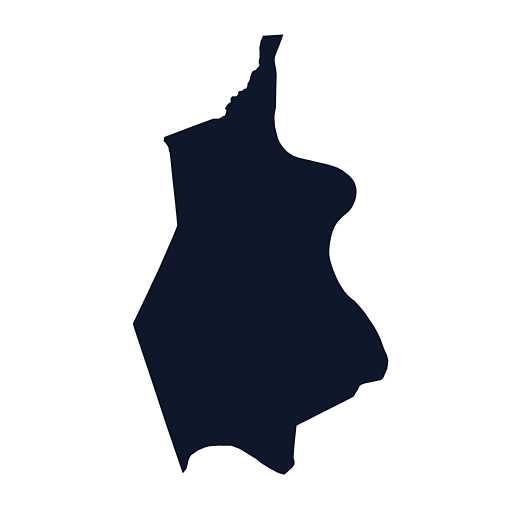 Araripina, Pernambuco, Brazil, rotated 177°
{"feature_id": "56859067B17972152596251", "entity_name": "Araripina", "entity_type": "district", "adm_level": 2, "iso_a3": "BRA", "parent_name": "Brazil", "parent_adm1": "Pernambuco", "projection": "robinson", "projection_center": [-40.522, -7.658], "detail": "fine", "context": "isolated", "style": "filled", "palette": "ink", "viewbox_px": 512, "rotation_deg": 177, "n_neighbors": 0, "source": "geoboundaries", "source_scale": "gbopen_adm2", "svg_char_len": 2658}
<svg xmlns="http://www.w3.org/2000/svg" viewBox="0 0 512 512"><g transform="rotate(177 256 256)"><path d="M166.1,111.2L163.8,115.1L162.1,117.3L161.2,118.9L160.1,121.0L157.9,122.7L154.1,123.8L138.2,126.2L136.0,127.8L131.5,136.8L130.5,141.8L130.2,144.1L130.4,146.5L131.2,150.3L133.1,154.9L133.9,157.3L136.6,166.3L138.4,170.8L142.1,178.6L149.7,191.4L151.9,194.8L157.3,201.8L158.6,203.3L160.3,205.5L162.3,207.0L165.2,209.8L166.7,211.3L167.9,212.7L170.3,215.9L175.0,224.2L177.6,230.3L180.6,238.9L181.7,243.0L182.2,245.0L182.9,248.5L183.3,251.8L183.5,253.8L183.4,256.3L183.1,259.0L182.4,263.8L181.9,266.5L181.3,268.8L180.1,273.5L178.3,277.9L176.7,281.1L175.6,283.1L173.5,285.9L170.9,288.5L168.2,291.1L166.8,292.3L165.1,293.5L162.9,295.0L161.2,296.5L158.0,300.2L156.3,303.3L155.0,306.1L154.1,308.6L153.6,310.7L153.1,313.3L152.9,317.2L154.0,322.9L154.9,325.0L156.1,327.0L159.1,330.8L165.3,336.2L170.2,339.2L173.7,340.7L179.6,342.9L193.4,346.9L208.1,351.1L213.9,353.5L219.1,357.3L221.5,359.6L223.5,362.2L225.6,365.4L227.1,368.1L228.8,372.6L229.7,377.4L231.0,384.4L231.0,387.2L231.0,389.2L231.1,392.4L230.9,395.4L229.0,403.8L227.9,419.8L226.6,436.0L226.8,440.5L227.6,446.4L227.9,449.8L227.7,451.9L227.5,453.9L224.6,460.6L221.9,466.3L218.2,475.0L237.3,474.8L237.7,473.0L239.2,470.8L240.0,467.6L240.6,465.4L241.1,463.2L240.9,459.8L241.2,456.8L241.2,454.2L242.1,451.5L242.5,449.1L241.6,446.1L242.9,444.3L244.7,442.8L245.9,441.1L248.7,440.5L250.0,438.9L250.9,436.7L251.9,434.2L252.3,431.9L253.4,430.0L254.7,428.4L255.0,426.0L256.5,423.1L258.9,422.8L260.1,421.3L262.1,420.9L264.3,420.7L264.7,417.8L267.1,415.7L269.0,415.8L271.0,416.0L272.4,414.4L272.4,410.4L274.7,409.4L276.7,407.5L278.4,404.9L276.9,403.1L277.5,401.3L279.0,397.2L281.3,396.8L283.5,395.3L285.6,394.4L291.4,394.6L293.7,393.9L311.8,388.3L340.9,379.0L341.4,375.7L339.9,374.3L338.1,371.2L337.0,369.1L336.7,365.7L336.0,363.8L335.4,352.8L334.6,335.8L334.1,327.9L333.4,315.5L332.3,292.2L332.3,290.2L337.2,279.7L338.1,277.8L341.3,271.5L344.4,265.3L345.4,263.2L346.9,260.3L350.1,253.9L352.6,248.8L354.9,244.5L356.0,242.4L358.7,237.4L360.4,234.3L368.2,219.7L369.3,217.8L371.0,214.6L372.9,211.0L374.9,207.3L381.8,194.6L379.5,185.8L375.3,170.5L374.2,166.5L366.2,137.7L354.2,93.6L340.2,44.3L337.4,47.2L336.5,49.5L335.1,54.9L333.2,59.1L331.7,61.1L324.4,65.6L316.6,68.4L313.0,69.1L309.3,69.3L303.2,69.3L290.2,68.5L281.9,64.8L275.9,60.7L271.6,57.7L266.3,54.1L262.4,50.5L260.1,48.7L252.3,43.3L248.8,41.3L246.8,39.9L243.2,38.2L239.3,37.0L232.1,42.7L229.5,45.5L228.9,48.3L229.7,51.8L229.6,54.1L228.4,64.1L225.1,85.0L202.5,95.0L197.1,97.4L173.3,107.9L166.1,111.2Z" fill="#0f172a" stroke="#020617" stroke-width="1.5"/></g></svg>